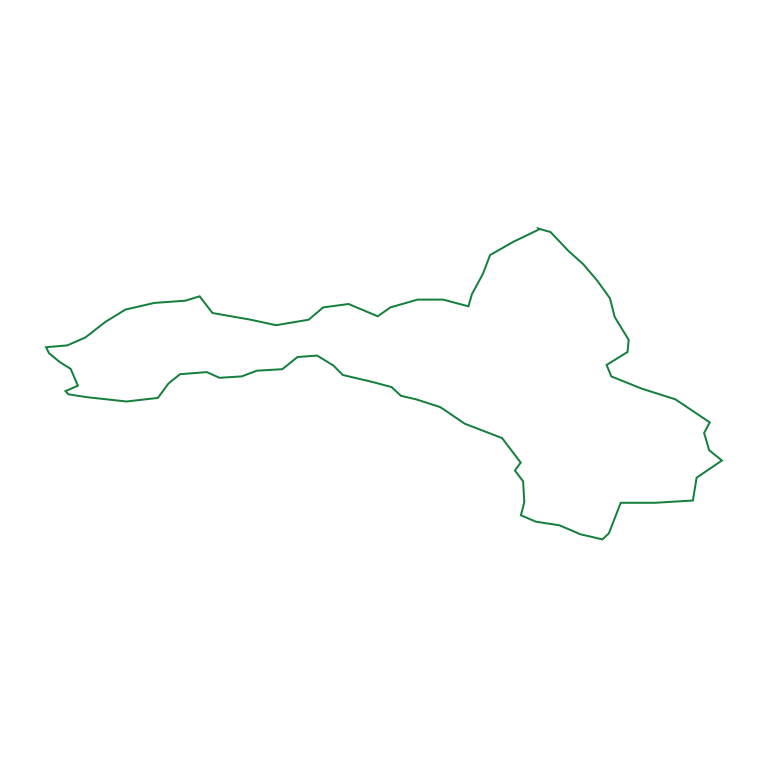 the district of Hallsberg, Orebro, Sweden
{"feature_id": "70781695B5690265718253", "entity_name": "Hallsberg", "entity_type": "district", "adm_level": 2, "iso_a3": "SWE", "parent_name": "Sweden", "parent_adm1": "Orebro", "projection": "equal_earth", "projection_center": [15.203, 59.02], "detail": "fine", "context": "isolated", "style": "outline", "palette": "green", "viewbox_px": 768, "rotation_deg": 0, "n_neighbors": 0, "source": "geoboundaries", "source_scale": "gbopen_adm2", "svg_char_len": 1125}
<svg xmlns="http://www.w3.org/2000/svg" viewBox="0 0 768 768"><path d="M594.0,537.4L602.4,539.4L608.9,533.3L620.7,502.8L654.9,502.8L692.9,500.5L696.6,477.7L721.9,460.5L709.2,450.3L704.1,433.0L709.8,422.4L675.3,399.3L641.6,388.6L611.3,376.4L606.6,364.9L627.5,352.0L628.7,339.9L614.7,317.0L610.0,298.4L597.2,280.6L583.2,264.2L568.1,250.6L550.6,232.1L538.5,228.6L539.1,229.4L513.7,241.6L490.1,255.0L482.9,273.9L472.0,294.0L468.4,306.3L443.0,299.6L417.6,299.6L390.4,307.4L377.7,316.3L348.6,304.0L323.2,307.4L308.7,319.7L276.0,325.2L250.6,319.7L212.5,313.0L199.6,296.3L185.3,300.7L154.4,302.9L125.4,309.6L105.4,321.9L85.3,337.5L67.2,345.4L46.1,347.2L49.0,353.2L59.8,362.1L70.7,368.9L77.9,385.7L65.5,391.1L68.4,394.3L87.0,397.2L126.5,401.5L157.9,397.9L168.4,383.6L180.0,374.2L206.8,372.1L219.5,377.8L241.6,376.4L256.8,370.7L282.3,369.2L297.5,357.0L317.2,355.6L333.5,365.6L342.8,375.0L373.0,382.1L391.6,387.1L400.9,395.8L416.0,399.3L440.4,407.2L464.9,423.8L502.1,438.1L520.7,462.6L514.9,470.5L523.1,481.3L524.3,502.3L520.9,515.3L535.9,521.7L559.4,525.3L580.5,534.3L594.0,537.4Z" fill="none" stroke="#15803d" stroke-width="2"/></svg>